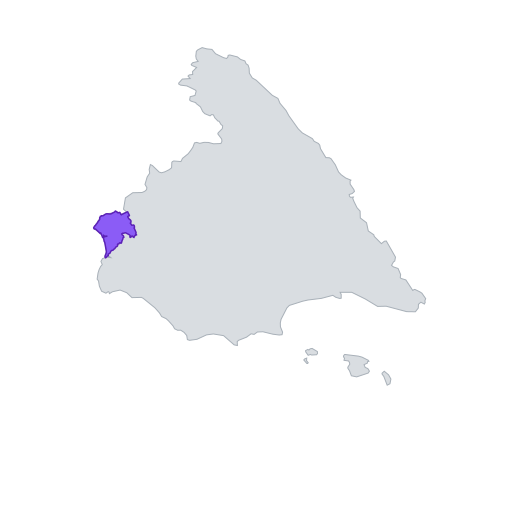 where Huelva sits in Spain, rotated 44°
{"feature_id": "ESP-5824", "entity_name": "Huelva", "entity_type": "Autonomous Community", "adm_level": 1, "iso_a3": "ESP", "parent_name": "Spain", "parent_adm1": "", "projection": "natural_earth1", "projection_center": [-6.789, 37.509], "detail": "fine", "context": "in_parent", "style": "filled", "palette": "violet", "viewbox_px": 512, "rotation_deg": 44, "n_neighbors": 0, "source": "natural_earth", "source_scale": "10m", "svg_char_len": 6300}
<svg xmlns="http://www.w3.org/2000/svg" viewBox="0 0 512 512"><g transform="rotate(44 256 256)"><path d="M271.6,135.5L271.6,136.7L273.8,138.9L280.4,140.3L282.0,141.2L281.8,144.3L280.3,147.0L281.7,148.1L283.3,148.1L285.1,145.9L285.5,147.3L288.5,148.7L295.1,151.1L299.7,151.4L304.6,156.2L312.4,155.3L319.4,160.0L326.0,158.9L327.5,159.8L337.6,160.0L338.1,156.2L339.3,154.7L357.1,159.9L359.3,163.2L359.0,164.8L360.0,168.6L362.3,168.4L366.9,166.3L373.0,168.9L374.7,171.3L375.9,171.4L380.4,169.1L392.7,171.9L393.1,170.1L394.0,169.5L399.0,167.9L401.2,167.5L407.7,168.8L408.6,170.9L409.9,171.8L410.5,173.6L406.7,174.7L406.4,177.9L408.9,180.7L409.4,185.4L403.0,191.4L384.5,201.7L378.5,207.8L364.5,211.0L350.1,215.6L341.7,223.7L343.9,224.4L346.6,227.2L345.7,228.4L342.0,230.3L338.6,230.9L332.5,241.0L324.0,251.5L320.9,256.2L314.3,268.4L314.3,271.9L318.0,284.1L320.0,287.3L322.8,290.0L328.0,292.3L329.4,294.5L327.6,296.7L322.5,300.5L313.6,305.7L309.8,309.7L309.1,313.7L306.5,315.4L305.6,320.9L302.1,328.6L301.9,330.6L304.8,333.3L302.0,335.1L288.0,335.8L279.5,341.7L275.2,347.1L271.4,356.9L266.8,362.8L264.7,363.8L261.4,361.3L257.3,360.9L253.3,361.7L251.3,363.8L248.0,364.9L244.8,363.9L238.0,363.4L234.9,363.5L230.2,365.1L226.1,364.0L219.1,363.5L204.2,364.8L202.3,365.4L195.7,372.1L188.5,372.2L181.9,374.9L177.6,381.4L176.7,384.9L175.4,384.1L174.4,384.3L173.9,387.0L169.4,388.6L164.3,386.5L160.0,383.3L157.8,383.0L154.2,378.0L152.6,374.8L151.5,371.4L151.4,369.0L148.2,367.6L147.4,364.4L149.8,360.3L152.8,358.0L150.0,358.2L147.9,360.9L145.2,356.6L134.3,348.4L134.9,345.5L133.1,347.7L131.8,348.2L126.3,347.9L119.9,348.9L117.2,334.9L118.9,330.0L126.0,320.4L130.5,319.1L132.3,314.2L128.2,314.4L121.7,304.9L123.4,296.1L129.9,289.5L131.0,286.8L131.2,284.3L130.0,282.6L126.4,281.6L122.8,274.7L122.0,270.3L119.0,267.9L116.5,263.6L118.7,262.9L128.0,262.9L130.2,261.8L131.9,258.9L133.6,254.1L134.0,251.2L130.4,247.1L130.3,246.2L130.8,244.8L136.4,240.2L135.3,236.8L136.2,229.5L135.7,225.3L135.1,221.8L133.2,217.4L134.4,215.5L137.3,214.0L139.7,210.3L143.0,207.3L147.5,204.8L152.6,199.5L151.8,197.1L150.0,195.7L143.7,194.7L143.2,193.6L143.3,187.8L141.6,185.5L139.3,185.7L135.8,184.7L134.9,185.4L130.4,185.2L127.3,184.1L125.9,185.0L125.6,187.1L120.3,189.2L117.3,189.1L112.4,187.3L106.9,187.9L106.2,187.5L101.5,189.8L99.9,189.9L98.0,187.1L100.6,182.9L98.4,178.9L96.9,178.8L88.1,181.7L83.0,185.5L81.0,186.0L80.3,185.3L80.1,179.9L85.4,174.1L82.1,173.8L82.2,172.1L84.4,169.4L82.2,167.4L82.3,161.6L77.5,163.5L76.3,163.2L76.2,160.9L79.2,156.2L76.1,155.7L73.8,154.0L70.9,150.2L70.9,148.2L72.5,143.5L76.7,141.2L80.8,138.0L86.4,138.6L94.8,135.9L97.6,134.4L97.6,132.5L96.6,131.0L97.5,129.6L104.3,125.7L108.4,125.3L112.5,123.4L115.3,124.6L117.7,124.2L120.6,125.7L124.2,129.1L129.6,130.5L134.0,129.4L156.1,129.1L162.3,127.4L167.2,129.5L176.6,130.5L182.3,132.3L198.0,135.2L203.7,135.3L215.1,132.4L218.2,133.1L222.7,131.7L224.9,132.0L227.8,134.0L237.9,136.7L240.5,134.4L242.4,133.9L249.7,135.3L257.0,138.2L260.8,138.4L266.3,137.6L271.6,135.5ZM409.2,259.1L411.9,260.3L414.6,259.3L416.1,259.6L417.6,260.1L418.0,262.3L412.4,273.0L407.8,275.9L403.0,273.6L400.2,273.0L399.3,272.2L398.6,268.7L397.3,267.7L395.5,267.2L391.8,269.9L390.7,268.1L388.9,267.7L388.2,266.6L388.2,265.2L399.2,256.9L402.5,255.1L409.3,253.0L410.4,253.3L409.6,254.5L410.5,255.7L409.2,259.1ZM441.1,254.8L440.1,257.8L431.5,253.8L428.8,253.4L428.1,252.8L428.3,249.8L433.9,249.4L438.5,250.8L441.1,254.8ZM363.5,289.1L362.5,291.2L358.3,290.4L357.4,289.6L358.2,287.2L359.4,286.9L359.4,285.2L360.6,283.5L366.5,282.1L367.9,283.3L368.2,284.9L364.8,288.6L363.5,289.1ZM367.8,297.5L367.2,298.0L362.6,297.6L362.5,296.2L363.4,294.2L365.1,296.2L367.7,296.5L367.8,297.5Z" fill="#d9dde1" stroke="#a8b0b8" stroke-width="1"/><path d="M119.6,348.4L119.2,346.9L119.1,346.1L119.3,345.6L119.0,344.5L118.8,341.8L118.3,340.7L118.4,340.3L118.3,339.5L118.2,338.7L118.0,338.1L117.8,337.8L117.3,337.5L117.1,337.2L116.9,336.9L116.8,336.6L116.8,336.4L116.7,335.9L116.5,335.5L116.6,335.4L116.9,335.1L116.9,334.9L117.0,334.7L116.9,334.4L117.2,334.2L117.9,333.4L118.1,333.1L118.2,332.6L118.5,331.0L118.9,329.9L119.4,329.2L121.9,327.1L122.7,325.8L123.0,324.6L123.6,323.0L123.7,322.4L123.7,322.0L123.6,321.7L123.6,321.4L123.8,321.2L124.7,321.1L125.0,320.9L125.3,320.9L125.7,321.0L126.0,321.0L126.4,320.9L126.7,320.8L126.9,320.6L127.2,320.2L127.5,319.5L127.7,319.3L128.2,319.3L129.8,320.0L130.5,319.9L130.7,319.0L131.0,318.6L131.2,317.6L131.7,316.5L132.1,315.4L132.3,314.9L132.6,313.9L133.0,313.4L136.7,314.7L136.9,315.0L136.8,315.4L136.6,315.6L136.5,315.9L136.3,316.3L136.3,316.6L136.4,316.8L136.6,316.9L137.0,317.0L137.3,317.2L138.1,317.4L139.4,317.5L140.1,317.3L141.0,317.4L141.4,317.5L141.7,317.7L142.1,318.0L142.6,318.7L142.7,318.9L142.8,319.2L142.7,319.4L142.8,319.7L143.0,319.8L144.3,319.9L145.0,320.1L145.4,320.1L145.5,320.0L145.5,319.8L145.7,319.6L146.1,319.3L146.2,319.1L146.3,318.9L146.5,318.7L146.8,318.7L147.1,318.7L147.4,318.8L148.5,319.6L148.7,319.9L148.8,320.2L148.8,320.4L148.9,320.6L149.6,320.8L153.2,322.3L153.7,322.7L154.2,323.8L154.4,323.7L155.0,323.7L155.3,323.8L154.7,325.9L155.3,327.4L154.7,327.7L153.7,327.4L153.2,327.6L152.8,328.1L152.9,329.5L152.8,329.8L152.6,330.0L152.1,329.9L151.9,329.8L151.8,329.6L151.8,329.2L151.7,329.0L151.4,328.8L150.2,328.7L146.4,329.8L145.8,330.1L144.9,331.7L144.3,332.2L144.2,332.4L144.1,333.3L144.8,333.7L146.5,333.6L147.9,334.3L147.7,335.3L148.4,336.3L149.0,338.0L150.1,340.0L150.1,340.3L150.0,340.6L149.7,340.8L149.1,340.9L148.9,341.1L148.7,341.4L148.9,342.3L148.9,342.7L148.4,343.1L148.3,343.4L148.3,343.8L149.2,344.6L149.4,345.1L149.4,345.6L149.0,346.6L149.0,347.0L149.3,349.0L149.0,350.0L149.1,351.1L149.0,351.4L148.4,352.2L148.3,352.5L148.3,353.0L148.3,353.4L149.0,355.6L148.4,357.3L149.5,358.4L149.3,358.5L149.1,359.2L149.2,361.3L149.1,361.7L148.1,361.7L147.3,360.7L146.4,358.4L145.8,357.3L145.0,356.5L138.2,351.6L137.5,351.2L136.8,351.0L136.3,350.8L135.2,349.9L134.6,349.6L134.1,349.3L133.6,348.6L133.4,347.7L133.6,347.2L133.9,347.0L134.9,345.5L135.2,344.9L133.8,346.5L133.0,347.0L132.2,347.0L132.8,348.2L133.1,348.8L133.1,349.1L132.7,349.2L130.3,348.0L129.4,347.7L128.3,347.3L127.6,347.7L128.4,347.8L128.8,348.0L122.0,348.1L121.6,348.3L121.1,348.8L120.6,348.9L120.1,348.7L119.6,348.4Z" fill="#8b5cf6" stroke="#5b21b6" stroke-width="1.5"/></g></svg>